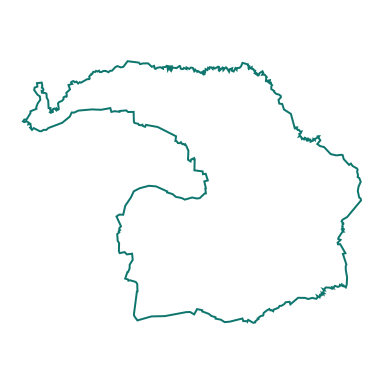 Wang Sai Phun, Phichit, Thailand (orthographic projection)
{"feature_id": "78962969B2905707745355", "entity_name": "Wang Sai Phun", "entity_type": "district", "adm_level": 2, "iso_a3": "THA", "parent_name": "Thailand", "parent_adm1": "Phichit", "projection": "orthographic", "projection_center": [100.528, 16.38], "detail": "fine", "context": "isolated", "style": "outline", "palette": "teal", "viewbox_px": 384, "rotation_deg": 0, "n_neighbors": 0, "source": "geoboundaries", "source_scale": "gbopen_adm2", "svg_char_len": 5851}
<svg xmlns="http://www.w3.org/2000/svg" viewBox="0 0 384 384"><path d="M137.4,320.4L151.5,316.4L164.9,316.1L186.3,312.1L190.1,312.0L194.1,314.4L197.1,309.1L202.2,310.2L202.2,311.4L208.9,313.9L211.4,316.0L215.5,317.2L215.5,318.6L220.9,319.7L224.6,322.1L229.6,321.7L242.4,318.5L243.3,321.1L246.9,321.1L247.3,321.7L248.2,319.9L253.2,322.8L255.2,322.4L255.2,321.5L257.6,319.5L257.6,318.7L258.5,318.9L258.7,317.5L260.8,316.0L263.2,315.5L263.7,312.9L266.6,310.6L269.3,309.0L270.3,310.3L271.0,310.0L273.2,311.2L273.5,309.7L278.4,307.8L279.6,305.9L281.5,305.8L284.3,304.0L285.6,302.3L289.6,301.8L290.4,304.3L298.1,297.8L305.0,297.9L308.3,299.0L312.2,297.9L316.3,298.8L317.8,297.3L317.2,295.9L319.6,297.3L320.0,295.1L320.6,295.4L320.9,294.7L321.1,295.5L321.7,295.2L321.6,293.9L322.0,294.6L322.7,294.2L322.4,293.5L323.2,294.1L323.0,293.4L324.1,293.3L323.1,292.3L324.0,290.4L323.3,289.4L324.6,290.0L324.2,289.1L325.8,287.5L329.4,287.6L331.9,288.7L332.1,288.0L333.3,288.3L332.6,287.3L333.6,287.5L334.9,285.9L338.0,286.9L339.6,286.2L339.9,284.9L340.8,285.4L341.7,284.4L342.2,285.7L343.1,286.2L343.5,285.5L345.8,287.4L346.7,284.6L347.1,277.4L345.8,270.1L345.7,266.3L346.4,264.6L342.9,253.9L345.4,253.2L340.2,244.2L338.0,244.3L337.6,242.8L340.5,239.9L338.2,238.9L338.6,237.5L342.4,231.8L343.5,231.7L342.5,230.4L343.8,229.6L343.7,229.0L342.0,228.8L342.8,226.9L342.3,226.4L342.5,225.0L343.2,224.2L342.7,223.5L343.2,223.1L341.6,221.4L342.4,219.8L347.2,217.0L361.0,200.4L360.6,198.5L359.2,197.5L357.8,191.1L358.5,186.8L360.7,181.8L359.3,178.0L357.7,177.1L358.0,175.0L357.1,171.8L357.6,169.6L357.0,168.5L352.6,166.0L350.9,163.6L349.1,164.9L343.7,159.1L342.7,155.2L341.4,154.8L336.3,155.4L330.7,154.1L324.1,147.1L319.9,146.0L317.3,144.0L320.3,140.4L318.5,137.5L319.2,136.2L317.6,136.3L317.1,137.9L314.9,138.9L314.9,140.1L313.3,138.9L313.0,140.6L310.6,141.7L310.4,139.8L308.1,140.5L308.7,139.0L308.2,138.6L307.6,138.6L307.5,140.2L306.7,140.2L305.1,137.9L305.3,137.0L304.0,139.4L302.7,138.4L301.9,139.0L301.0,136.8L300.0,136.0L299.2,136.3L299.8,135.3L299.3,134.1L300.4,133.7L301.5,131.5L300.1,131.6L298.8,129.8L297.7,129.9L296.6,128.7L297.1,127.4L295.6,127.4L295.6,128.3L294.8,128.4L290.9,113.9L284.0,109.5L282.2,104.0L279.3,103.6L278.5,99.9L280.9,97.3L280.7,95.9L279.0,94.6L276.2,93.9L274.0,91.7L274.2,91.0L271.3,89.1L271.3,86.3L272.1,85.1L271.0,83.9L270.9,82.6L269.7,82.3L269.5,83.1L268.1,82.0L269.8,80.9L269.9,80.2L266.0,81.1L266.2,77.4L266.7,77.1L264.5,74.5L262.2,74.8L263.2,72.7L262.5,71.3L259.7,73.0L258.6,75.4L258.0,75.5L255.5,73.7L257.0,73.6L255.0,72.1L255.2,70.7L253.8,70.5L253.5,69.2L251.7,68.8L251.7,67.2L248.8,68.9L248.5,67.9L249.3,66.2L247.9,65.6L248.0,64.4L242.5,62.9L241.0,66.4L239.6,67.8L236.8,68.1L236.6,69.7L235.4,68.2L233.6,71.5L231.6,70.6L232.1,68.3L229.5,69.3L229.0,71.6L226.4,67.5L225.7,67.4L223.4,70.1L223.3,69.1L224.1,68.3L222.7,67.5L219.3,70.9L218.7,70.1L219.9,68.5L218.4,67.8L218.8,66.9L218.1,66.7L215.0,68.5L213.8,68.3L213.7,66.7L212.8,69.0L211.5,67.5L209.9,67.2L209.4,68.7L208.1,67.8L207.4,70.0L205.6,69.1L205.1,71.9L203.7,71.0L202.8,71.7L204.6,73.2L204.5,74.2L203.6,74.5L201.2,72.4L200.5,72.8L198.7,71.4L197.5,71.8L197.5,71.0L196.1,70.9L195.1,69.6L194.2,71.1L192.8,67.9L190.9,67.6L189.3,68.9L186.6,67.5L186.5,69.1L183.9,67.9L182.9,69.1L181.5,69.0L180.7,68.6L180.2,66.3L179.5,66.0L176.6,68.1L172.7,67.6L171.1,70.9L169.7,69.2L171.6,66.4L169.6,66.4L167.9,69.8L167.5,67.0L168.4,66.2L166.7,65.8L165.6,67.0L162.9,67.2L163.0,68.6L160.2,67.2L157.2,67.8L155.6,68.9L154.7,68.4L154.1,65.9L151.8,66.8L148.1,63.4L143.2,63.4L140.0,64.1L138.9,62.6L127.6,61.2L123.4,66.8L120.9,67.4L117.4,66.1L115.4,67.1L112.0,70.7L110.1,70.8L108.5,72.2L105.6,70.9L103.3,71.0L101.3,72.1L99.8,72.0L99.0,70.7L97.7,71.5L96.0,70.9L95.4,71.9L93.3,71.8L92.3,73.8L91.4,73.8L91.2,74.8L89.8,75.6L89.2,76.8L89.7,78.3L89.3,79.1L87.1,79.2L80.9,82.7L79.7,82.2L78.1,83.5L76.4,81.6L74.8,82.2L73.5,81.1L72.3,81.4L71.1,82.3L72.2,83.9L68.5,85.0L70.0,89.4L66.4,92.8L66.8,96.1L66.3,96.8L65.0,96.5L63.5,97.4L63.5,99.3L61.9,100.9L59.0,102.1L58.0,103.4L58.8,109.1L57.7,109.9L56.5,108.6L56.1,110.1L54.7,108.5L53.4,108.9L52.5,109.6L52.9,111.9L50.7,112.8L49.9,112.2L51.2,110.7L50.1,109.6L50.4,108.1L48.6,108.0L48.2,100.5L46.7,97.6L46.5,93.9L45.3,93.0L41.9,92.7L41.7,90.9L42.8,91.1L43.4,89.8L43.1,88.4L41.8,87.7L42.3,85.7L41.7,82.6L37.0,83.1L37.4,86.6L34.6,87.6L34.2,90.1L37.5,94.7L39.8,96.3L40.3,99.8L37.6,103.6L36.2,107.4L36.5,108.8L30.5,111.3L30.4,113.3L26.6,119.4L24.3,119.6L23.0,121.4L24.2,122.1L26.7,121.4L28.8,122.7L28.3,124.3L30.4,123.8L31.0,127.4L30.2,127.7L32.0,129.9L33.7,128.1L39.8,131.2L41.4,131.2L43.5,129.9L46.3,129.9L48.4,128.0L62.2,122.8L69.8,116.6L71.7,112.5L74.2,112.6L78.3,110.6L92.0,109.4L101.0,109.8L110.3,108.1L111.4,111.9L114.6,111.2L119.5,111.8L119.6,111.0L126.2,110.4L128.1,112.0L133.6,111.9L133.9,121.9L134.5,122.9L138.4,123.9L138.8,124.9L141.3,125.3L142.4,124.7L143.0,126.0L145.1,126.8L146.0,124.9L157.7,127.0L176.1,136.3L175.4,141.0L176.6,141.2L177.9,143.0L179.9,143.2L180.9,142.2L182.3,144.1L183.6,144.0L184.4,144.8L185.2,144.2L186.4,146.1L188.4,150.8L188.0,159.7L190.6,161.4L191.1,159.5L193.9,158.2L193.8,159.3L194.7,159.3L194.4,170.3L202.6,171.4L203.0,174.2L205.7,173.8L207.8,180.4L204.3,181.4L205.9,188.3L205.3,188.6L205.9,193.4L204.6,193.5L199.8,198.1L196.9,198.5L192.1,197.5L184.9,199.6L181.6,198.0L175.9,196.9L172.6,194.1L167.0,192.4L167.2,191.4L156.1,186.4L148.8,185.8L139.5,188.3L133.8,191.3L130.9,197.5L125.3,205.7L123.2,214.7L119.3,214.6L116.5,216.5L121.0,226.3L119.4,228.1L119.2,229.3L120.0,230.1L118.7,231.2L119.3,232.3L117.2,234.1L117.7,240.8L119.1,243.1L118.9,251.4L119.7,253.1L124.6,252.1L126.9,254.4L132.1,253.7L132.7,259.9L129.7,264.6L129.6,268.5L128.0,272.1L127.4,272.1L125.2,278.6L127.9,279.4L128.4,280.7L129.8,280.2L135.7,281.9L137.2,283.8L137.5,291.4L136.9,291.5L133.9,314.5L134.4,316.3L137.4,320.4Z" fill="none" stroke="#0f766e" stroke-width="2"/></svg>